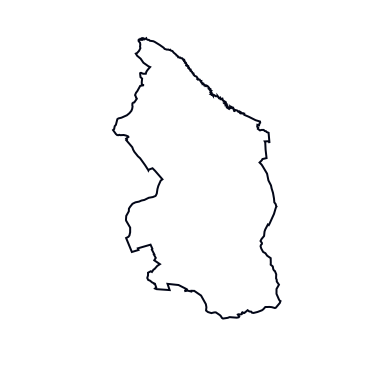 the district of Husasau De Tinca, Bihor, Romania, rotated 220°
{"feature_id": "2599482B81201825015639", "entity_name": "Husasau De Tinca", "entity_type": "district", "adm_level": 2, "iso_a3": "ROU", "parent_name": "Romania", "parent_adm1": "Bihor", "projection": "robinson", "projection_center": [21.937, 46.86], "detail": "fine", "context": "isolated", "style": "outline", "palette": "ink", "viewbox_px": 384, "rotation_deg": 220, "n_neighbors": 0, "source": "geoboundaries", "source_scale": "gbopen_adm2", "svg_char_len": 6100}
<svg xmlns="http://www.w3.org/2000/svg" viewBox="0 0 384 384"><g transform="rotate(220 192 192)"><path d="M330.6,274.3L330.1,274.2L330.2,273.6L329.9,273.3L327.7,272.9L326.3,271.6L325.2,269.9L324.0,269.0L323.3,266.2L323.4,263.2L324.0,261.9L321.6,261.1L317.0,261.1L312.3,259.8L306.1,260.3L304.4,260.8L304.5,257.3L304.3,254.9L303.4,252.9L305.6,251.1L307.5,250.6L308.1,250.0L307.9,249.4L305.3,246.9L303.1,246.8L301.0,243.7L299.5,242.1L297.5,242.9L299.9,240.0L298.7,233.9L298.7,232.2L298.0,229.9L297.6,229.4L296.7,229.2L295.3,228.2L294.4,228.2L294.2,227.9L293.8,223.5L294.4,222.9L294.6,221.6L293.4,220.0L292.5,219.3L291.3,217.3L290.6,215.2L290.6,212.1L291.2,208.9L293.8,203.6L295.7,201.0L296.0,199.8L293.5,194.6L293.5,192.7L292.1,190.2L292.3,188.7L287.5,187.5L285.9,187.5L284.7,188.4L284.5,189.0L283.4,189.5L280.9,191.8L278.7,192.9L276.7,193.5L276.1,193.3L276.7,190.5L275.3,190.2L275.2,189.7L275.4,189.4L266.5,187.9L264.3,186.6L261.9,185.7L256.4,184.6L253.4,184.5L245.2,182.4L239.4,180.6L239.2,180.5L239.4,181.5L237.5,184.8L234.1,184.5L222.8,182.7L223.3,180.6L221.7,175.0L220.4,172.1L218.0,168.2L217.4,165.9L217.5,165.3L218.8,162.9L221.4,159.8L223.4,155.3L225.2,153.0L226.4,150.6L228.7,147.7L230.0,144.7L229.9,140.8L229.6,138.7L228.0,136.6L227.0,131.4L224.6,128.1L223.8,127.6L216.5,125.0L213.5,121.4L212.0,118.5L211.9,116.8L212.9,114.4L199.5,107.4L195.7,113.2L197.3,114.0L189.9,125.0L185.8,123.0L185.8,122.1L180.8,120.0L181.0,119.6L177.4,118.2L177.0,115.4L170.2,116.1L171.1,113.0L171.2,108.8L171.6,107.9L171.3,105.0L172.6,104.8L173.8,101.9L172.1,99.9L171.0,97.4L169.1,96.5L167.0,97.1L164.4,97.1L161.7,97.8L161.6,97.4L161.0,97.6L158.1,95.9L158.3,94.3L156.7,94.8L146.1,102.5L151.7,105.9L142.5,112.1L133.4,114.2L133.2,114.1L133.2,113.6L133.9,112.1L133.5,111.8L132.0,113.6L128.6,115.3L129.0,115.9L126.7,117.7L118.5,118.5L109.3,115.0L106.9,113.0L105.1,110.3L104.8,110.2L102.6,110.3L99.3,111.7L97.6,114.0L96.4,115.1L91.7,115.6L90.2,115.5L88.2,114.8L86.9,115.0L83.7,118.6L82.8,120.3L76.9,124.5L75.7,126.0L75.7,126.9L78.1,127.6L77.8,128.2L76.1,129.4L75.4,130.4L76.1,131.5L76.1,132.2L74.6,132.5L74.5,133.0L74.1,133.1L73.4,137.2L71.3,137.3L69.7,138.4L68.4,138.1L67.1,138.9L64.7,142.2L62.4,146.3L62.0,148.0L61.9,151.0L58.6,153.9L56.8,155.1L53.9,156.4L53.4,157.3L53.4,163.4L54.1,165.3L54.9,165.1L56.2,165.5L61.8,168.3L64.9,172.0L65.8,176.9L69.5,177.9L70.7,179.2L72.1,179.9L74.6,183.1L77.6,184.7L78.8,184.6L80.1,185.1L82.3,186.9L85.0,186.9L86.2,188.5L89.2,191.9L93.5,191.5L96.4,192.3L99.0,191.8L102.6,193.2L104.6,194.5L105.1,195.6L105.1,197.2L105.7,197.9L108.0,198.5L108.5,200.7L108.5,204.6L111.0,208.3L111.8,210.4L113.0,215.9L111.9,216.0L112.2,217.5L115.1,227.9L117.2,232.7L117.9,234.5L117.9,235.2L118.6,235.4L120.1,236.5L122.3,237.0L125.1,239.8L129.4,243.4L133.3,245.9L135.7,247.8L140.9,250.0L146.3,254.3L154.0,257.0L156.2,257.7L159.2,258.0L158.9,261.2L159.2,262.5L156.7,265.9L162.8,271.7L167.7,277.0L168.8,277.5L166.5,279.6L165.4,279.9L164.2,279.4L171.4,286.6L173.4,285.9L174.4,286.1L175.5,285.5L177.0,285.6L178.7,284.2L179.5,282.9L182.2,282.7L182.7,283.9L184.0,283.9L185.1,285.5L183.5,286.2L184.4,288.0L184.3,288.9L185.2,289.7L189.4,287.9L197.0,286.1L201.5,284.7L202.3,285.6L203.2,284.9L203.5,285.2L203.9,285.0L204.3,284.2L205.1,284.1L205.3,283.7L205.6,283.9L205.5,284.3L205.7,284.5L207.0,284.3L207.2,284.2L207.0,283.7L207.7,283.9L207.7,283.4L208.1,283.2L209.6,283.5L211.3,282.8L211.4,281.4L211.6,281.3L211.9,282.2L212.7,281.7L213.1,281.9L213.2,282.4L214.2,282.6L214.6,283.0L214.9,283.0L215.0,282.4L216.7,282.5L217.2,282.1L217.8,282.1L217.1,281.3L217.5,280.9L216.7,280.7L217.1,280.3L217.0,279.5L219.3,279.2L219.3,279.5L220.1,279.6L220.0,280.6L220.7,280.8L220.9,280.6L220.8,280.4L221.1,280.3L221.1,280.8L222.2,281.0L222.4,280.3L222.7,280.6L222.4,280.7L222.6,281.1L223.0,281.0L222.7,281.4L223.3,281.3L223.1,281.6L223.7,282.5L224.8,282.4L224.6,281.9L225.0,281.8L224.7,281.4L225.2,281.7L225.7,281.5L225.8,281.7L225.5,281.9L225.7,282.2L227.3,282.1L228.5,282.9L228.6,282.4L229.2,282.6L229.4,282.3L229.2,281.9L229.7,281.5L230.1,281.8L230.8,281.5L230.7,282.0L231.1,282.3L231.3,281.6L231.6,281.5L233.1,281.6L233.2,281.8L234.1,282.0L233.8,281.7L234.3,281.6L235.2,280.7L237.1,280.5L237.2,279.8L237.8,279.7L238.3,280.0L238.5,279.7L238.2,279.4L238.6,279.5L239.0,279.2L239.4,279.7L240.2,278.6L240.0,279.0L240.5,278.9L240.4,279.2L240.8,279.8L241.4,280.0L241.2,280.2L241.5,280.3L241.4,280.6L242.1,280.5L242.2,281.5L243.0,281.5L242.8,281.9L243.4,281.8L243.4,282.1L243.7,282.4L244.3,282.2L244.4,282.6L244.9,282.4L244.7,282.8L245.1,282.5L245.6,282.7L245.7,282.4L245.9,282.6L247.3,283.1L248.5,283.1L249.2,282.9L249.0,282.5L249.5,282.4L249.8,281.9L250.2,282.2L250.6,282.2L250.6,281.9L251.1,282.0L251.2,281.7L251.6,281.9L252.0,281.8L252.2,282.0L252.6,281.8L252.9,282.1L253.3,281.5L253.9,282.1L254.1,282.0L254.0,281.7L255.2,281.9L255.2,282.2L255.7,282.3L256.2,283.0L256.5,282.7L256.5,282.4L256.8,282.4L257.0,282.7L258.4,283.0L258.7,282.6L259.7,282.5L259.9,282.3L259.9,281.9L260.1,281.9L260.2,282.2L260.6,282.1L260.6,282.7L262.7,283.3L264.5,282.7L265.8,282.8L265.9,283.1L266.8,283.4L267.4,283.2L267.9,283.4L267.8,283.7L268.5,283.6L269.3,284.1L269.6,283.9L271.2,283.9L271.2,284.6L271.9,285.0L273.1,284.5L273.9,285.1L274.3,284.6L274.7,284.6L275.0,285.0L274.8,285.2L275.1,285.5L275.4,285.4L275.9,286.0L276.5,285.6L277.2,285.6L277.1,285.4L277.3,285.2L277.8,285.2L277.9,286.2L278.5,286.1L279.1,286.7L280.3,286.5L280.3,287.0L280.7,286.9L281.6,287.5L281.9,287.3L282.7,288.0L282.8,287.7L283.0,287.9L283.9,287.6L284.2,288.0L285.5,288.1L286.1,287.5L287.3,287.5L287.6,287.0L288.1,287.0L289.1,286.4L289.3,286.8L290.6,286.9L291.6,286.6L292.1,287.0L295.7,287.0L297.6,287.4L298.9,286.8L300.0,286.9L300.0,286.6L300.7,286.2L301.9,285.8L302.6,285.0L305.0,284.0L306.4,284.3L311.2,283.9L317.2,283.0L318.6,282.6L321.5,280.8L322.8,280.8L323.6,280.2L324.4,280.0L325.6,279.9L325.9,280.2L326.4,278.7L327.0,278.7L327.3,278.4L327.2,278.1L327.7,278.0L328.1,278.5L328.7,278.1L328.4,277.7L329.2,277.7L329.4,277.1L328.9,276.9L329.5,276.1L328.7,275.9L329.5,275.3L330.1,275.5L330.1,274.7L330.6,274.6L330.6,274.3Z" fill="none" stroke="#020617" stroke-width="2"/></g></svg>